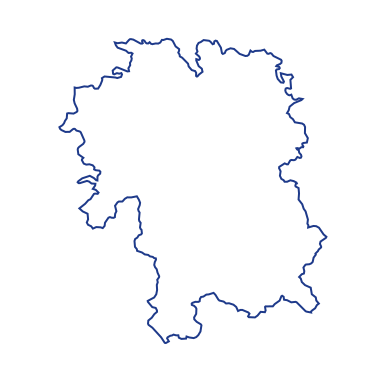 Guizhou, Robinson projection, rotated 277°
{"feature_id": "CHN-1153", "entity_name": "Guizhou", "entity_type": "Province", "adm_level": 1, "iso_a3": "CHN", "parent_name": "China", "parent_adm1": "", "projection": "robinson", "projection_center": [106.929, 26.939], "detail": "fine", "context": "isolated", "style": "outline", "palette": "blue", "viewbox_px": 384, "rotation_deg": 277, "n_neighbors": 0, "source": "natural_earth", "source_scale": "10m", "svg_char_len": 5969}
<svg xmlns="http://www.w3.org/2000/svg" viewBox="0 0 384 384"><g transform="rotate(277 192 192)"><path d="M240.2,52.5L242.5,55.3L244.6,56.6L247.2,57.3L249.8,58.7L254.7,58.5L255.2,59.7L255.4,64.9L257.4,67.8L258.5,68.4L260.8,67.8L265.7,64.7L269.0,63.5L274.7,63.7L281.4,62.8L281.2,64.6L281.7,67.0L283.7,72.2L283.8,75.8L285.3,78.5L285.5,79.8L285.1,80.8L283.2,82.1L282.7,83.1L283.2,86.2L287.1,88.0L291.2,89.1L292.5,89.3L294.0,88.7L296.0,91.1L296.3,102.0L296.0,103.9L297.6,107.6L300.2,108.2L301.4,107.4L300.6,105.4L300.8,103.0L299.3,100.4L299.7,99.3L302.9,98.5L306.5,101.7L306.5,103.1L303.8,113.2L304.2,114.8L307.1,113.8L310.3,115.2L312.6,114.7L315.2,115.8L317.3,115.9L318.9,115.0L322.2,116.1L322.8,114.7L322.3,112.0L324.2,109.3L326.2,100.6L328.3,98.6L331.0,97.2L330.6,100.0L331.8,104.2L331.4,108.3L335.2,110.9L336.1,111.8L336.3,112.8L336.1,115.2L333.1,122.8L333.2,124.4L333.7,125.0L335.8,124.0L336.6,124.3L336.8,125.0L336.4,126.3L334.6,127.8L334.0,128.9L334.1,130.4L335.5,131.7L334.2,133.1L333.9,134.6L335.0,137.8L335.2,140.4L336.5,142.3L339.3,143.6L339.4,145.1L341.0,148.4L340.8,152.6L339.6,154.5L334.5,158.0L332.3,161.8L330.7,162.0L328.7,161.4L326.9,162.9L325.1,163.4L324.1,165.9L318.9,172.4L316.2,173.4L313.0,176.9L312.4,180.4L310.8,181.6L307.7,181.9L307.2,182.6L307.4,183.3L309.5,184.7L312.6,187.8L315.6,186.7L317.7,183.3L323.1,180.2L324.4,180.1L323.9,182.7L324.7,183.5L325.8,183.6L327.3,182.7L329.8,179.0L332.1,180.3L334.8,179.1L337.9,179.1L340.8,180.4L341.8,182.3L344.2,185.0L344.2,190.5L343.5,191.9L341.2,194.5L341.8,195.7L344.2,195.8L345.1,196.9L344.9,198.3L338.8,203.1L333.5,204.8L332.8,205.8L333.9,207.6L336.3,208.3L337.4,209.2L339.3,212.7L339.1,216.3L334.9,222.4L333.5,228.4L333.9,230.3L335.1,231.6L339.5,232.8L338.5,234.4L338.4,235.5L339.7,237.4L340.6,242.8L342.1,246.4L338.5,249.9L338.5,251.2L339.4,252.7L339.1,254.0L336.9,256.3L334.1,264.3L333.1,265.0L331.1,265.0L329.7,263.7L328.0,260.7L327.2,260.3L326.7,263.4L325.7,264.0L324.7,263.5L323.9,261.1L322.9,260.5L317.8,261.8L314.7,263.3L311.6,266.8L311.6,269.4L312.8,269.8L317.5,266.6L320.7,265.7L319.8,272.3L320.7,276.4L318.3,278.3L315.3,276.0L306.9,277.7L306.4,276.9L306.8,273.7L306.1,272.4L304.3,272.2L302.7,272.8L300.9,274.4L300.0,276.0L299.9,277.2L300.7,278.7L297.2,280.5L296.2,282.2L296.2,284.1L298.0,286.7L297.8,290.4L296.6,289.4L292.7,282.5L288.6,278.5L284.8,278.0L281.9,276.7L281.2,278.8L278.3,280.4L276.6,283.3L273.7,285.6L273.4,293.0L272.4,295.0L270.3,296.3L264.2,296.9L259.6,300.4L255.1,300.0L254.2,296.5L253.5,295.6L252.3,295.8L250.8,297.0L250.0,296.8L249.8,295.1L248.2,293.4L248.4,291.0L248.1,290.3L247.1,291.1L246.4,292.9L244.1,293.6L242.2,295.7L240.7,296.3L239.4,296.0L238.9,294.9L239.6,292.3L236.7,290.7L236.0,289.3L235.9,286.6L235.2,285.6L231.2,283.9L231.0,282.9L231.7,280.5L227.5,275.5L226.3,275.5L223.4,277.4L218.8,277.3L215.9,279.1L214.9,281.5L213.5,282.6L213.8,285.2L215.6,288.2L215.2,291.6L214.1,294.5L213.3,295.0L212.9,294.1L210.8,293.8L210.1,294.2L208.9,297.3L203.6,298.4L197.5,298.7L193.3,302.9L189.0,304.9L186.6,307.1L178.8,310.4L174.6,310.4L173.1,311.6L170.9,311.6L173.1,316.7L173.2,319.5L172.0,322.4L165.9,327.8L163.9,330.9L162.8,330.5L158.5,325.6L156.1,325.3L153.7,326.8L152.7,326.9L150.4,324.8L148.7,324.2L145.9,322.0L144.9,322.5L141.7,320.7L137.3,320.3L135.7,319.1L134.6,317.3L133.9,313.9L133.2,313.2L130.6,311.8L127.2,313.1L124.7,313.0L123.8,311.0L120.7,308.7L119.4,310.5L116.0,312.0L113.3,315.6L111.5,321.5L105.1,323.4L102.5,327.7L99.4,328.6L96.7,331.5L94.9,329.7L91.6,328.4L89.1,325.7L87.7,324.6L86.9,324.9L87.2,320.5L87.5,319.3L95.3,309.3L95.6,308.2L94.6,304.0L96.2,299.6L96.3,296.5L99.2,295.7L100.0,294.1L99.4,293.4L94.9,292.2L90.8,287.7L88.4,286.2L87.4,278.9L86.8,278.5L83.4,279.5L81.6,279.0L81.4,274.7L77.3,272.1L75.2,269.8L74.7,263.6L75.4,262.8L78.2,263.9L79.3,262.6L81.1,256.3L80.8,254.3L79.5,252.2L83.3,249.9L85.2,246.9L86.1,242.3L85.5,239.4L87.1,236.8L87.6,232.4L88.5,231.2L92.8,227.8L94.5,225.7L92.4,221.1L91.9,218.7L89.6,216.1L88.9,213.8L87.0,212.9L84.5,212.9L83.7,211.7L83.4,208.7L82.0,205.9L81.2,205.3L79.9,205.6L79.3,207.9L77.9,209.8L76.6,210.6L71.5,211.0L67.8,209.4L65.9,209.8L63.7,212.5L61.8,216.8L60.9,217.6L54.6,217.4L50.7,215.7L48.5,213.9L47.2,211.5L47.3,207.1L47.9,204.2L45.8,204.0L44.9,199.4L45.8,196.7L48.1,195.9L47.8,193.6L48.2,191.0L47.2,189.7L46.7,188.0L44.8,185.5L43.8,185.1L40.9,187.2L38.9,184.4L39.0,183.3L44.0,179.1L52.5,169.2L54.8,165.1L55.9,164.4L59.1,164.3L62.3,167.4L66.2,169.5L68.8,171.9L70.3,171.6L72.5,170.1L72.9,166.6L77.6,161.6L78.5,161.3L82.7,167.3L86.1,169.0L90.5,169.3L95.5,168.4L98.2,169.0L100.6,168.2L103.4,169.7L104.4,169.7L107.8,167.6L111.0,166.4L112.9,164.5L115.0,163.4L117.9,163.6L120.5,164.5L121.7,164.2L121.8,162.5L122.8,161.0L123.0,158.1L124.2,156.2L124.3,152.7L125.9,149.7L126.9,144.7L128.6,144.2L130.6,142.1L136.3,140.9L138.4,141.3L140.1,143.3L142.5,144.4L143.8,146.8L144.9,147.3L148.3,146.5L149.3,145.3L150.6,144.7L155.1,144.8L156.8,143.2L158.3,142.7L165.2,142.5L166.8,141.2L168.5,140.6L172.5,141.7L175.0,141.8L177.9,140.2L181.0,137.8L179.2,132.3L178.8,128.4L177.1,126.2L174.1,124.1L173.6,120.5L172.6,119.3L168.9,117.3L163.7,119.3L161.0,118.4L157.6,118.5L156.8,117.3L156.7,115.3L157.1,113.6L156.3,112.2L150.9,109.4L147.7,109.4L145.3,107.8L145.8,105.5L145.5,101.2L143.6,98.1L145.7,96.1L146.8,92.8L148.9,91.3L152.2,92.2L157.7,91.0L159.4,85.9L162.0,82.2L167.3,87.4L171.2,90.1L172.5,92.1L178.1,94.9L178.6,95.9L178.7,98.6L180.0,99.3L182.4,96.2L183.0,93.2L186.6,95.1L188.4,95.1L188.2,91.2L189.8,88.6L190.2,86.4L187.1,79.5L187.0,78.3L187.8,77.3L188.9,77.9L192.2,81.4L195.6,88.6L193.9,92.9L192.0,95.5L191.9,96.7L195.7,96.3L197.1,96.8L199.0,98.6L200.9,98.6L201.9,97.5L201.9,93.8L202.5,92.1L204.6,92.2L206.4,90.2L207.0,86.8L206.3,83.7L207.0,81.1L210.2,78.8L211.0,78.8L212.7,80.0L215.6,74.6L220.2,73.4L221.5,73.5L223.0,74.5L226.5,78.2L228.7,79.2L230.0,78.9L237.7,74.3L238.4,73.2L238.9,69.8L240.3,68.1L240.4,67.2L239.8,66.1L236.8,63.3L236.2,59.0L237.6,54.8L238.7,53.3L240.2,52.5Z" fill="none" stroke="#1e3a8a" stroke-width="2"/></g></svg>